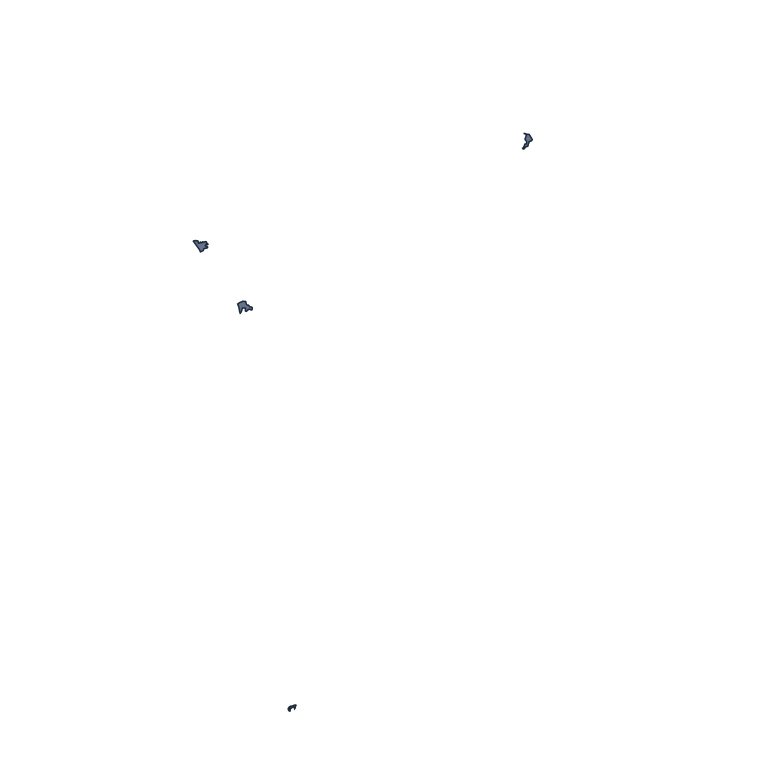 map outline of Puducherry (Albers equal-area conic projection), rotated 147°
{"feature_id": "IND-3262", "entity_name": "Puducherry", "entity_type": "Union Territory", "adm_level": 1, "iso_a3": "IND", "parent_name": "India", "parent_adm1": "", "projection": "albers", "projection_center": [79.32, 13.78], "detail": "fine", "context": "isolated", "style": "filled", "palette": "slate", "viewbox_px": 768, "rotation_deg": 147, "n_neighbors": 0, "source": "natural_earth", "source_scale": "10m", "svg_char_len": 2406}
<svg xmlns="http://www.w3.org/2000/svg" viewBox="0 0 768 768"><g transform="rotate(147 384 384)"><path d="M466.1,521.6L465.7,523.3L463.9,527.4L463.2,530.8L462.7,530.8L460.8,530.9L459.2,530.6L458.8,530.4L458.5,530.4L458.1,530.4L457.7,530.4L457.4,530.4L457.1,530.2L456.5,529.5L456.1,529.2L455.7,529.1L455.3,528.9L455.1,528.6L455.1,528.1L455.5,527.4L455.7,526.8L455.9,526.1L455.9,525.4L455.8,524.7L455.5,524.5L454.9,524.2L454.7,523.9L454.6,523.5L454.6,523.1L454.6,522.6L454.6,522.2L454.4,521.8L453.1,520.6L452.9,520.1L453.0,519.6L453.3,519.1L454.0,518.3L454.2,518.2L454.5,518.1L455.0,518.4L455.6,519.1L456.0,519.8L456.6,520.2L457.4,520.3L459.5,519.9L460.1,520.0L460.4,520.4L460.4,520.8L460.3,521.2L460.1,521.5L459.1,522.6L459.0,522.9L459.1,523.3L459.3,523.5L460.0,523.9L460.3,524.2L460.8,524.7L461.2,524.8L461.8,524.5L463.3,523.1L464.3,522.3L466.0,521.6L466.1,521.6ZM466.0,594.8L465.6,597.1L466.1,607.6L465.6,607.7L463.7,606.9L463.5,606.4L463.1,606.1L462.4,605.7L462.1,605.0L462.4,604.5L462.3,604.3L462.3,604.0L462.8,603.5L462.8,603.0L462.2,602.8L461.8,602.7L461.4,602.7L460.7,603.0L460.5,602.7L460.5,602.3L460.4,602.0L460.2,601.7L459.6,601.7L458.9,602.1L458.4,601.9L458.1,601.2L457.5,600.9L456.8,600.9L456.1,600.6L455.6,600.1L455.6,599.3L456.3,598.7L456.5,598.2L455.9,598.1L455.5,597.6L455.6,597.0L456.7,597.0L457.6,597.8L458.0,597.7L458.4,597.6L458.5,597.4L458.4,596.4L458.1,595.7L457.6,595.5L457.3,595.1L457.5,594.6L458.0,594.4L459.4,594.8L460.9,595.5L461.5,595.5L461.8,595.1L463.0,594.4L464.4,594.5L466.0,594.8ZM132.4,512.6L129.4,514.8L129.1,516.0L130.3,518.3L128.0,515.6L127.6,515.1L127.1,515.0L126.8,514.6L126.5,514.3L126.3,514.1L126.3,512.9L126.5,508.2L127.8,507.6L129.1,507.9L130.4,508.2L130.8,507.6L131.3,507.2L132.4,506.6L132.9,506.0L133.8,505.1L135.0,505.3L136.2,505.8L137.3,505.3L138.2,504.9L139.3,505.2L139.3,506.3L138.2,506.3L137.4,506.9L136.4,507.5L135.7,508.1L134.9,508.5L134.4,508.1L133.9,507.9L132.8,508.8L132.2,510.6L132.5,511.5L132.4,512.6ZM635.9,160.3L635.4,161.7L635.6,162.4L636.6,162.7L638.9,162.6L639.6,162.4L640.1,162.0L640.6,161.2L640.9,160.9L641.2,160.9L641.4,161.2L641.6,161.5L641.7,162.7L641.2,163.3L640.4,163.5L639.5,163.4L639.2,163.8L640.5,164.2L639.7,164.6L638.8,164.8L637.9,164.7L636.2,163.8L634.5,163.6L633.7,163.4L632.8,162.8L632.8,162.4L633.3,162.2L633.9,161.8L634.3,161.3L634.8,160.8L635.3,160.5L635.9,160.3Z" fill="#64748b" stroke="#1e293b" stroke-width="1.5"/></g></svg>